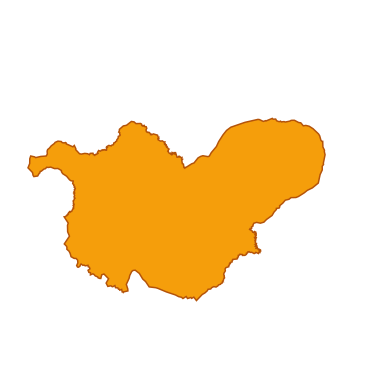 Sung Noen, Nakhon Ratchasima, Thailand, rotated 66°
{"feature_id": "78962969B32197143294697", "entity_name": "Sung Noen", "entity_type": "district", "adm_level": 2, "iso_a3": "THA", "parent_name": "Thailand", "parent_adm1": "Nakhon Ratchasima", "projection": "mercator", "projection_center": [101.82, 14.879], "detail": "fine", "context": "isolated", "style": "filled", "palette": "amber", "viewbox_px": 384, "rotation_deg": 66, "n_neighbors": 0, "source": "geoboundaries", "source_scale": "gbopen_adm2", "svg_char_len": 6107}
<svg xmlns="http://www.w3.org/2000/svg" viewBox="0 0 384 384"><g transform="rotate(66 192 192)"><path d="M168.1,69.3L166.9,72.2L167.0,74.0L166.0,78.4L165.1,79.3L164.3,81.9L163.3,82.3L163.3,83.4L162.7,84.4L161.3,85.7L159.4,85.9L158.5,88.3L157.4,88.7L157.2,95.5L156.8,95.7L156.5,98.2L153.3,100.9L152.5,102.2L149.9,115.3L148.6,130.2L149.8,135.4L152.4,140.4L156.8,147.1L160.4,151.2L163.9,158.4L166.2,161.5L166.2,163.0L163.3,167.3L163.0,169.6L163.3,172.6L166.3,178.4L166.1,180.8L167.1,187.7L166.7,188.2L167.3,188.9L166.3,189.4L163.0,188.5L162.2,189.3L159.0,188.5L158.3,187.4L157.8,188.1L156.4,187.1L156.2,188.0L155.2,188.4L155.0,189.0L154.3,188.9L154.0,189.7L154.5,190.4L154.1,191.5L149.3,191.0L148.8,192.2L150.1,192.5L149.2,193.4L149.5,194.4L149.1,194.5L148.7,193.5L147.8,194.1L149.7,195.4L149.2,195.8L148.6,195.3L147.8,195.7L148.0,196.4L147.3,197.0L145.0,197.5L144.9,196.9L144.3,196.9L143.5,195.6L143.2,196.0L142.2,196.1L140.9,196.9L140.5,196.3L139.5,196.9L139.5,196.5L138.5,196.3L138.3,196.8L137.2,196.8L137.3,197.5L136.8,197.6L135.2,196.4L134.9,197.3L133.2,198.3L132.7,200.1L130.5,201.7L129.4,201.4L129.6,200.6L128.8,200.7L128.5,200.2L128.3,200.6L126.0,200.4L123.2,203.7L123.3,205.5L122.8,206.4L122.3,206.0L122.1,206.4L120.3,206.7L120.1,207.4L119.3,207.9L119.4,208.5L118.3,209.1L116.6,208.8L115.4,207.4L113.7,207.3L112.9,208.7L111.9,208.6L112.1,209.4L111.3,209.7L111.5,210.4L110.8,210.8L109.4,210.5L108.5,211.1L106.7,215.4L104.4,216.4L102.9,218.7L104.4,224.7L103.7,227.9L105.2,232.8L106.5,233.5L107.5,234.6L108.4,233.9L109.6,234.5L110.7,234.4L111.2,235.1L111.2,236.7L112.9,237.7L113.6,239.3L114.8,240.1L114.9,241.4L115.5,242.0L115.4,243.5L116.8,244.5L116.6,246.3L117.0,247.0L115.6,249.1L115.9,251.6L116.3,251.8L116.7,251.5L116.7,252.2L117.7,252.3L119.0,253.1L118.6,254.0L117.8,254.3L117.9,255.3L117.3,255.9L117.6,256.5L117.1,256.7L117.0,257.9L117.4,258.6L117.3,259.3L116.1,260.4L117.3,262.1L118.4,262.2L118.1,262.9L118.9,263.7L118.4,264.9L119.0,265.9L118.1,266.3L117.7,266.9L116.3,266.7L115.3,269.3L116.2,270.5L114.5,271.9L113.1,274.3L112.4,277.6L111.3,279.2L106.0,281.0L105.1,280.5L101.6,280.6L102.3,282.4L96.9,287.3L96.1,287.0L95.3,287.5L95.2,288.8L94.1,290.5L92.7,290.9L91.0,293.8L91.0,296.9L91.7,298.0L92.6,301.9L93.9,304.4L94.5,306.6L95.7,307.7L98.6,308.8L99.8,310.7L98.0,315.7L97.0,320.8L95.9,321.5L93.5,324.7L95.7,326.7L100.0,328.7L103.2,332.0L109.3,329.8L112.1,330.4L113.6,330.2L114.6,326.5L112.8,324.0L112.7,323.3L111.5,322.3L111.7,321.3L110.8,317.8L111.1,316.5L110.3,314.6L111.1,313.4L111.8,310.9L114.7,308.1L116.0,304.9L119.2,302.6L120.4,303.0L122.6,302.7L126.6,300.1L131.1,298.9L132.5,298.0L133.7,296.1L135.8,297.6L137.4,297.0L138.1,297.4L139.3,297.0L140.0,297.7L141.1,297.1L141.6,297.3L142.1,298.6L143.2,298.7L143.9,299.9L145.0,299.6L145.0,300.4L145.6,300.1L146.0,300.6L147.6,300.7L148.5,301.8L150.0,301.4L150.1,302.1L151.1,302.7L151.9,304.3L152.6,304.2L154.4,305.1L155.1,304.7L155.3,305.1L155.8,305.1L155.9,306.0L157.6,306.1L158.2,307.1L159.0,307.0L159.1,307.9L160.8,309.9L160.4,310.9L160.8,311.5L160.1,311.9L160.4,312.3L160.8,312.1L160.7,313.1L161.5,314.2L161.9,314.0L162.2,314.5L162.1,315.2L162.6,315.6L162.3,316.1L163.0,317.3L162.7,318.9L170.0,317.7L171.8,319.3L177.8,321.8L182.5,321.9L187.5,329.8L190.4,328.7L191.8,328.8L193.4,329.6L196.1,328.4L198.7,328.3L201.9,328.8L204.7,326.7L205.6,324.9L207.7,324.2L210.3,325.1L212.3,327.3L214.0,327.1L214.5,326.4L214.3,324.7L212.8,323.2L212.7,322.6L214.6,321.5L214.8,320.4L216.0,319.6L216.7,316.8L218.1,317.2L219.0,316.3L220.7,316.5L221.2,318.8L223.5,318.9L224.4,317.6L226.4,318.5L226.4,315.9L227.4,315.1L229.3,314.5L231.2,312.7L232.2,312.7L233.4,311.5L233.9,310.5L230.9,308.1L231.1,305.8L237.3,303.5L240.3,307.5L244.0,307.3L244.7,304.2L246.1,303.4L246.3,302.6L246.1,300.5L248.3,300.8L249.4,298.8L250.9,298.7L251.2,298.0L252.3,297.9L252.4,295.9L254.9,296.4L255.1,295.6L255.8,295.6L255.5,294.9L256.3,290.8L254.4,290.1L249.7,289.6L245.2,284.5L243.0,282.9L240.1,279.4L239.7,277.8L240.3,275.7L245.0,273.2L251.5,272.4L255.0,270.8L261.3,269.7L264.7,264.0L266.2,262.3L272.9,256.0L279.3,249.0L282.1,246.8L283.9,244.4L285.6,243.6L285.1,239.8L287.5,239.4L287.9,235.9L289.0,235.6L288.8,233.1L293.0,232.1L289.8,224.4L289.4,221.0L288.4,218.1L287.4,216.9L288.2,214.4L287.4,212.9L287.3,210.6L288.6,208.7L288.3,206.6L287.7,205.6L287.9,203.5L287.4,202.6L287.4,201.4L286.5,200.7L286.6,200.2L286.1,200.4L285.3,199.1L284.2,198.4L283.7,197.2L282.8,197.0L282.7,197.2L281.3,196.5L280.6,196.7L279.3,196.0L277.6,193.6L275.8,193.1L274.9,191.8L275.2,188.8L274.2,188.5L273.9,187.6L272.9,187.0L273.0,186.4L272.5,186.3L272.8,185.9L272.0,185.2L272.2,183.8L270.8,183.1L270.8,182.5L270.2,182.1L271.5,178.1L271.0,177.3L270.4,177.2L270.1,176.0L268.7,175.5L268.9,174.6L268.3,173.4L269.1,172.8L269.3,171.7L269.8,171.3L270.5,171.6L271.4,169.4L271.1,167.6L270.1,167.2L270.3,166.3L270.0,165.5L269.5,165.4L269.7,164.1L270.8,163.5L271.4,161.9L273.5,160.3L273.6,159.4L273.1,158.2L275.2,156.3L274.5,155.7L274.9,154.6L273.8,154.6L273.9,153.3L272.8,153.0L271.7,153.8L271.7,154.2L272.4,154.1L271.9,154.8L270.6,154.7L270.2,155.4L269.4,155.0L269.3,156.1L268.5,155.1L267.6,156.1L267.3,154.7L266.4,154.9L266.4,155.4L266.0,155.1L265.6,155.4L265.7,154.3L265.2,154.0L264.6,154.7L263.9,154.7L262.8,154.3L262.6,153.8L261.8,154.1L261.5,153.2L259.9,153.3L260.6,152.7L260.0,152.0L259.5,152.9L258.8,152.5L258.8,152.0L258.1,152.0L258.0,151.5L256.4,151.7L257.2,150.8L256.0,150.3L255.7,150.9L255.2,150.4L254.6,150.9L254.4,150.3L253.5,151.0L253.9,152.1L253.4,152.9L252.3,152.8L249.6,154.6L249.1,153.8L250.0,153.6L249.3,152.1L248.1,151.8L247.8,150.0L247.1,149.9L245.7,148.3L246.0,145.4L248.3,142.2L248.8,138.6L247.4,135.1L246.0,128.4L243.7,125.2L242.3,122.0L241.3,121.6L242.1,118.9L241.2,117.8L240.2,117.6L239.1,113.6L237.4,110.1L238.1,106.4L237.4,103.9L239.3,99.3L239.4,96.5L238.4,89.7L237.4,86.0L237.2,80.3L235.2,73.0L228.2,67.9L224.8,64.0L221.5,62.6L220.3,60.6L219.1,60.3L212.1,55.3L209.0,54.7L207.7,54.0L204.1,54.1L198.9,52.0L198.6,52.7L197.2,53.2L192.6,52.5L190.4,52.8L183.4,55.7L179.6,58.2L177.5,60.9L176.8,63.4L173.0,64.5L171.9,66.3L168.1,69.3Z" fill="#f59e0b" stroke="#b45309" stroke-width="1.5"/></g></svg>